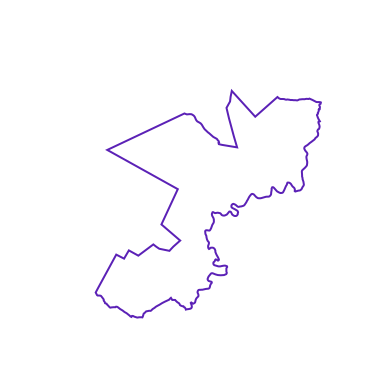 Malindi, Coast, Kenya (Natural Earth projection), rotated 119°
{"feature_id": "3690345B29695103199893", "entity_name": "Malindi", "entity_type": "district", "adm_level": 2, "iso_a3": "KEN", "parent_name": "Kenya", "parent_adm1": "Coast", "projection": "natural_earth1", "projection_center": [39.914, -3.232], "detail": "fine", "context": "isolated", "style": "outline", "palette": "violet", "viewbox_px": 384, "rotation_deg": 119, "n_neighbors": 0, "source": "geoboundaries", "source_scale": "gbopen_adm2", "svg_char_len": 6072}
<svg xmlns="http://www.w3.org/2000/svg" viewBox="0 0 384 384"><g transform="rotate(119 192 192)"><path d="M127.0,236.7L196.3,286.5L196.4,205.8L235.2,203.0L240.2,178.8L248.7,181.8L251.8,182.6L254.4,183.2L257.5,193.1L257.2,196.6L256.6,200.4L273.7,208.1L273.7,218.9L283.2,219.1L283.5,227.9L321.5,227.6L326.6,227.5L328.2,225.1L328.3,224.4L328.0,223.8L327.7,223.3L327.1,221.9L327.0,221.3L327.2,220.7L328.6,217.5L329.1,216.9L329.6,216.7L330.0,216.2L330.3,215.4L330.8,214.7L331.4,214.1L331.3,213.4L331.1,212.6L331.5,212.0L332.1,209.9L332.4,209.3L332.8,207.5L332.5,207.0L331.9,206.4L330.9,204.9L329.9,203.1L329.2,202.9L328.8,202.1L328.7,201.2L329.2,198.1L329.3,195.2L329.7,192.8L329.7,190.5L330.4,186.4L330.7,185.5L330.6,184.5L330.1,184.7L329.5,184.4L329.2,183.9L329.0,183.2L329.0,182.0L328.4,179.1L328.1,178.6L327.1,177.4L326.0,175.4L325.7,174.6L324.5,174.7L321.7,175.3L321.1,174.9L318.6,174.2L317.8,173.2L317.0,172.3L316.6,171.8L316.1,170.7L315.6,170.3L313.5,169.7L311.3,168.5L310.1,168.1L308.4,167.1L306.4,165.8L303.7,164.3L301.0,162.5L297.3,159.8L296.2,159.6L294.8,159.1L295.3,158.2L296.0,156.9L295.1,155.4L294.6,154.4L295.0,153.4L295.5,151.4L295.6,149.5L295.8,148.9L296.2,148.4L296.7,147.7L296.8,146.8L296.5,144.7L296.1,144.1L296.3,143.6L296.6,143.0L296.5,142.3L297.2,140.9L297.8,140.4L296.9,139.4L295.8,137.9L294.8,136.8L294.0,136.3L293.0,136.3L292.1,136.7L291.5,137.2L290.6,138.1L290.1,138.8L289.6,139.3L289.0,139.1L289.0,138.3L289.3,137.3L289.0,136.7L287.8,136.0L287.1,135.8L286.6,135.9L284.5,136.5L283.2,136.6L282.4,136.5L280.3,135.9L279.7,136.0L279.1,136.4L278.5,136.8L277.5,138.1L277.1,138.5L276.4,138.8L275.8,138.9L275.1,138.9L274.5,138.7L274.1,138.3L272.4,135.5L270.0,132.8L268.6,130.8L268.1,130.4L267.6,130.2L266.5,130.3L264.9,130.8L264.1,130.9L263.3,130.9L261.8,130.7L261.3,131.0L261.1,131.5L261.6,133.5L261.7,134.3L261.5,135.0L261.2,135.6L260.8,136.0L260.1,136.3L258.4,136.5L257.7,136.5L254.3,135.9L253.7,135.6L253.2,134.9L253.0,134.1L252.7,131.6L252.3,129.9L252.1,129.1L250.9,126.5L249.1,123.7L247.3,122.3L246.5,122.2L245.8,122.4L245.0,123.3L242.7,124.6L242.1,124.9L240.5,124.9L240.0,125.4L240.1,126.2L240.2,126.9L240.5,127.7L241.5,129.1L243.4,131.3L244.1,132.5L244.4,133.4L244.5,134.0L245.1,136.7L245.1,137.4L244.8,138.1L244.3,138.6L243.2,139.1L242.7,139.0L242.1,138.7L241.5,138.6L240.3,138.8L239.5,138.6L239.3,137.8L239.5,136.4L239.2,135.8L238.6,135.6L237.9,135.8L236.6,137.5L235.7,139.0L234.8,140.4L233.2,142.4L231.8,143.3L231.4,143.8L230.9,144.5L230.6,145.4L230.5,146.0L230.6,146.7L231.0,147.6L231.8,148.7L232.6,149.0L233.1,149.1L233.6,149.5L233.3,150.3L232.7,150.9L232.2,151.3L231.2,151.8L229.3,152.1L228.7,152.3L228.0,152.7L227.7,153.1L227.1,154.7L226.0,156.1L224.2,157.7L223.6,158.0L223.2,158.5L222.2,159.9L220.2,161.3L219.6,161.5L219.0,161.4L218.5,160.9L218.2,160.4L217.4,158.2L216.9,157.8L216.3,157.7L214.5,157.7L210.8,158.3L208.6,158.2L207.5,158.4L205.4,159.6L204.4,160.6L203.1,162.7L202.2,163.6L201.5,164.0L200.9,164.1L199.7,164.2L199.4,163.8L199.3,161.6L197.8,159.7L197.5,159.1L197.1,157.7L196.9,156.9L197.2,155.9L197.6,155.2L197.7,154.6L197.6,153.7L197.2,152.7L196.7,152.0L195.0,150.7L194.3,150.5L191.1,149.9L190.7,149.4L190.6,148.7L190.7,148.1L191.8,146.5L192.2,145.9L192.4,144.5L192.4,143.6L192.2,142.8L191.8,142.1L191.3,141.6L190.7,141.3L190.1,141.2L189.3,141.2L188.6,141.6L187.8,141.7L187.3,141.9L186.6,142.8L186.4,143.5L186.3,146.3L186.4,148.6L186.3,149.6L186.0,150.2L185.4,150.6L184.8,150.9L184.2,151.0L183.0,150.7L182.4,150.2L182.2,149.4L182.1,148.5L182.1,147.6L182.6,145.3L182.6,144.5L182.3,143.8L181.7,143.3L180.7,141.9L179.5,140.7L178.9,140.2L177.9,139.8L174.6,139.5L173.3,139.6L171.6,139.5L169.0,139.6L167.7,139.5L165.9,139.2L165.2,139.0L164.6,138.6L164.3,138.0L164.2,137.3L164.2,136.6L165.2,133.7L165.4,132.2L165.4,131.4L165.1,130.6L164.4,129.3L163.9,128.6L160.4,125.1L159.9,124.4L159.0,122.9L158.5,122.3L157.3,121.8L156.2,121.7L155.5,121.8L153.8,122.6L151.4,123.4L150.8,123.9L150.0,124.1L148.9,124.1L148.5,123.3L148.6,122.4L150.0,118.5L150.2,117.8L150.2,115.6L150.1,114.7L150.0,114.1L149.2,112.9L148.6,112.4L147.9,112.2L145.2,112.3L141.3,112.7L139.7,112.6L138.1,113.0L137.5,113.0L137.2,112.6L136.8,111.8L136.7,111.0L136.9,109.6L138.1,107.4L138.4,106.7L138.8,104.8L139.2,104.0L140.3,103.0L140.9,102.8L141.4,102.6L141.5,101.9L139.3,99.7L138.5,98.6L137.9,98.1L136.5,97.6L136.0,97.6L134.1,97.7L132.2,97.5L131.2,97.8L128.9,99.6L127.3,101.4L126.1,102.2L125.1,103.2L123.7,104.0L121.1,105.7L120.5,106.0L119.8,106.1L119.2,106.0L115.9,104.9L114.0,104.5L113.2,104.4L112.5,104.6L111.0,105.2L109.8,105.8L107.4,107.9L106.3,108.7L105.3,109.2L104.2,109.2L103.5,109.3L102.8,109.5L102.3,109.9L101.8,110.7L100.9,113.0L100.4,113.8L100.0,114.4L99.6,114.8L99.2,115.1L98.3,115.3L97.7,115.2L96.9,114.9L95.0,113.8L93.7,113.3L92.2,112.8L90.3,111.9L86.6,110.3L85.0,110.2L83.0,109.4L81.9,109.2L81.4,109.2L79.9,109.9L79.3,110.4L78.4,111.5L78.0,111.9L77.5,112.0L76.3,112.1L75.1,111.5L74.1,111.7L73.1,112.0L71.9,112.9L71.1,113.8L70.6,114.5L70.0,115.1L69.2,115.4L68.8,114.8L68.2,114.4L67.0,116.5L65.6,118.4L65.1,118.8L64.3,119.9L63.8,120.1L62.4,119.8L61.8,120.3L60.7,120.3L59.4,120.5L58.7,121.1L57.9,121.2L57.6,120.5L56.3,121.0L55.8,121.3L55.3,121.6L54.9,122.2L54.3,122.8L53.6,122.9L52.5,122.3L51.2,122.7L51.3,123.5L51.9,124.8L52.8,126.4L53.0,127.1L53.1,131.4L53.4,134.6L54.1,135.1L55.1,137.2L56.1,138.3L57.4,140.6L58.2,141.7L58.7,142.5L59.1,143.0L60.5,144.0L60.9,144.4L61.5,145.9L62.4,147.5L63.1,149.3L63.6,150.0L63.9,150.8L64.1,151.6L64.4,152.3L64.7,153.2L65.6,154.4L65.9,155.3L66.0,156.2L66.2,156.8L67.6,159.4L67.8,160.0L67.9,161.5L67.5,163.3L95.5,173.2L84.3,206.2L90.0,204.4L94.4,202.6L101.7,202.6L109.6,195.4L113.2,191.9L122.9,182.5L131.1,174.2L136.3,188.8L137.1,191.7L136.8,192.1L136.0,192.7L135.5,192.4L135.0,192.9L134.5,193.5L134.2,194.7L133.7,195.5L133.5,196.2L133.5,200.1L132.3,205.5L132.1,207.0L131.2,210.4L131.0,211.3L129.9,213.5L128.4,216.0L127.8,217.6L127.7,219.0L127.7,221.5L127.5,222.2L126.9,223.5L125.1,225.8L124.6,226.8L124.3,227.8L124.2,230.0L124.9,231.6L126.6,234.1L126.8,235.2L127.0,236.7Z" fill="none" stroke="#5b21b6" stroke-width="2"/></g></svg>